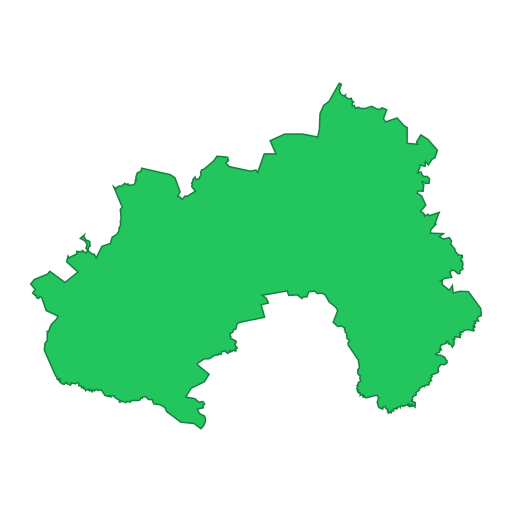 the district of Zaubes pag., Amatas, Latvia
{"feature_id": "27541924B54710700451151", "entity_name": "Zaubes pag.", "entity_type": "district", "adm_level": 2, "iso_a3": "LVA", "parent_name": "Latvia", "parent_adm1": "Amatas", "projection": "orthographic", "projection_center": [25.326, 56.996], "detail": "fine", "context": "isolated", "style": "filled", "palette": "green", "viewbox_px": 512, "rotation_deg": 0, "n_neighbors": 0, "source": "geoboundaries", "source_scale": "gbopen_adm2", "svg_char_len": 6042}
<svg xmlns="http://www.w3.org/2000/svg" viewBox="0 0 512 512"><path d="M358.6,392.7L361.0,394.6L360.5,395.3L362.3,394.7L362.9,396.4L363.4,395.2L364.5,396.1L364.1,397.0L366.1,397.8L376.9,395.1L378.7,397.6L377.2,402.2L378.8,407.5L382.7,409.2L383.0,407.2L385.2,406.5L386.1,408.7L387.7,409.2L387.3,409.9L388.0,411.0L387.5,411.8L388.6,413.2L390.2,412.0L391.1,412.8L391.5,410.9L393.6,411.0L393.3,409.2L393.8,408.8L396.5,409.0L397.1,408.5L396.0,408.1L399.7,406.4L400.4,407.4L400.6,406.0L402.2,405.4L403.0,406.5L406.8,404.7L408.2,405.7L408.3,403.8L409.9,405.2L409.1,405.6L409.4,406.6L411.9,406.4L412.0,404.6L415.0,407.2L415.4,402.6L411.2,401.0L412.6,399.8L412.2,398.8L413.4,396.3L416.1,395.0L416.1,392.6L419.2,390.1L419.6,388.4L423.1,386.2L424.5,386.7L425.0,385.3L429.0,384.8L429.2,382.2L431.5,380.4L430.3,379.0L432.2,376.4L431.3,375.1L438.1,372.4L438.6,371.0L438.0,368.2L440.8,364.4L444.5,364.7L447.2,362.6L446.6,361.2L447.0,360.6L445.5,359.4L445.0,357.4L440.4,355.1L436.0,354.9L435.7,353.7L439.6,352.1L439.7,350.0L441.2,350.1L441.1,349.0L440.1,348.9L440.9,345.2L446.3,343.2L446.8,341.2L447.7,341.1L448.5,344.0L450.5,344.2L452.4,347.1L454.0,344.5L454.1,342.1L453.2,339.7L454.7,339.5L454.8,336.6L460.3,337.5L460.0,335.3L461.1,334.4L459.6,332.7L460.1,332.0L462.3,332.3L464.9,330.0L468.6,329.6L473.5,330.9L474.1,330.3L473.0,328.1L474.9,327.0L473.4,326.1L474.5,325.6L474.2,323.7L475.6,323.2L474.4,321.3L478.6,320.9L477.2,318.4L478.1,316.8L481.3,315.7L481.2,313.8L480.7,308.5L468.4,291.6L459.7,291.3L453.1,293.0L452.4,285.6L449.4,290.3L442.1,284.4L442.3,281.2L440.4,281.1L444.6,278.3L451.7,277.3L449.9,272.4L451.8,270.1L454.6,270.6L457.8,273.6L460.0,273.4L459.8,271.1L463.0,268.9L462.4,267.4L462.9,264.3L462.4,261.1L461.1,261.1L460.9,260.0L461.4,258.1L462.4,257.7L462.3,255.4L458.2,254.9L455.1,251.1L455.0,249.4L450.6,243.8L451.6,241.1L449.3,237.6L443.5,239.1L439.3,236.7L443.4,233.6L430.5,233.2L430.7,229.9L436.0,224.1L434.9,223.8L439.2,212.4L429.3,215.7L427.8,214.2L424.5,216.1L424.0,213.6L420.5,211.2L425.8,205.3L421.7,196.0L417.1,193.1L418.0,190.9L423.1,191.3L423.8,184.8L422.7,183.8L422.4,181.5L425.3,183.3L429.0,183.3L429.6,178.9L427.1,176.4L424.0,176.5L422.3,175.2L420.9,171.9L417.6,173.0L419.8,167.9L419.8,165.0L425.1,166.4L425.4,161.6L428.4,164.9L432.1,159.2L435.0,157.7L437.4,150.3L428.1,139.6L420.9,134.9L416.5,142.0L417.9,144.3L407.1,143.3L407.2,127.5L404.1,125.8L397.1,118.0L385.6,121.9L383.4,118.8L386.7,109.8L382.0,107.8L379.7,109.5L376.1,108.7L371.8,106.3L364.9,108.6L359.6,108.2L358.6,107.1L355.5,108.4L354.2,105.4L352.3,105.7L352.1,103.3L353.6,101.9L352.3,101.3L351.3,98.3L348.2,98.8L345.1,96.5L345.5,94.9L344.0,96.0L340.6,94.0L339.4,90.0L341.4,84.2L339.3,83.3L329.0,101.4L323.6,105.5L320.0,113.7L319.4,129.0L317.8,137.0L302.1,134.0L284.7,134.1L270.2,140.7L275.9,153.9L264.2,153.9L257.7,172.4L255.9,170.0L250.6,171.2L228.9,166.5L225.7,162.6L228.5,160.7L227.6,157.2L217.0,156.2L213.9,160.7L204.1,169.1L201.6,169.9L200.6,172.4L201.1,174.4L198.8,179.0L195.7,179.2L195.0,177.0L192.8,179.8L193.2,180.7L191.6,183.1L192.3,184.0L191.7,186.6L195.4,191.2L186.9,196.4L185.4,195.9L182.2,199.2L179.1,196.5L177.6,196.6L180.1,191.9L175.0,177.9L170.4,174.7L141.6,168.2L141.2,171.0L137.2,173.0L136.0,176.7L135.8,179.1L136.5,179.6L135.1,180.5L135.7,181.5L133.8,185.0L128.2,185.1L128.0,183.9L126.1,184.5L124.9,183.3L121.1,186.4L118.8,186.0L116.0,188.4L113.7,186.7L122.3,207.3L120.3,209.4L121.1,218.2L120.3,221.4L120.7,224.8L118.8,228.6L119.1,230.7L116.7,234.4L112.1,237.3L110.4,243.4L101.9,246.4L96.2,258.0L94.2,254.1L93.2,254.7L88.5,251.1L88.1,249.5L88.7,247.1L90.2,246.0L89.6,241.4L85.7,239.8L83.8,236.1L84.2,235.0L80.3,238.4L84.7,240.7L87.2,244.3L85.9,248.1L87.6,250.4L86.2,253.1L82.3,250.5L81.4,252.0L76.6,251.3L77.1,253.7L69.0,257.8L68.1,256.1L66.6,261.8L78.0,272.0L65.0,282.5L49.8,271.3L47.4,274.2L34.3,279.5L30.7,284.0L35.3,289.5L32.6,293.0L35.1,295.3L37.1,295.3L36.0,295.7L36.7,297.7L38.5,298.5L39.8,296.7L41.7,297.5L46.2,310.6L57.8,316.0L57.0,318.6L51.1,324.7L48.4,331.8L47.3,331.3L47.2,340.6L45.0,343.3L44.3,350.1L55.7,376.0L56.6,376.4L57.2,379.2L58.5,380.1L58.9,378.7L60.3,379.0L59.7,381.8L62.3,384.0L64.5,384.2L66.2,382.2L67.0,383.7L70.5,385.2L71.6,382.9L75.4,383.8L77.9,382.5L78.9,383.6L78.8,385.8L81.5,386.1L81.5,387.7L83.5,387.2L83.3,388.4L85.1,389.0L85.6,390.7L88.2,389.1L89.4,389.4L88.9,390.4L89.3,390.8L90.2,390.1L92.1,391.8L92.5,389.7L94.2,391.0L96.5,389.3L98.2,390.5L101.3,389.9L104.9,395.4L108.7,396.5L109.5,395.6L110.8,397.1L111.7,395.9L114.5,395.9L114.6,397.2L120.2,400.9L119.3,401.6L119.9,402.3L121.3,401.0L125.8,402.6L127.2,401.5L130.3,402.1L131.4,400.5L137.8,400.5L140.1,399.9L140.5,398.2L142.2,398.2L142.7,396.9L145.7,396.7L148.4,399.5L152.3,399.7L153.7,403.9L160.1,404.7L165.0,407.6L166.6,411.5L180.9,422.2L194.2,423.5L200.9,428.7L203.5,425.9L205.5,421.3L205.4,418.3L204.5,416.0L199.6,413.7L197.2,409.2L203.4,407.7L202.8,405.9L204.7,404.0L202.7,401.5L198.8,402.2L194.9,398.7L185.7,397.0L191.3,388.1L204.3,381.8L209.1,374.3L197.7,365.0L197.3,363.5L204.1,358.9L209.4,358.7L215.7,354.7L217.7,355.3L218.5,353.8L220.9,354.5L222.0,351.7L225.0,350.9L227.4,353.4L229.6,352.2L229.4,350.8L229.9,350.5L229.9,351.6L231.3,351.7L233.4,350.4L235.8,351.0L236.2,350.3L235.3,348.8L237.3,347.9L234.7,344.8L235.7,343.3L235.3,342.2L236.2,342.0L236.0,341.1L230.7,338.3L230.3,337.1L230.9,336.5L229.8,333.9L232.5,332.4L234.0,329.2L235.6,329.4L237.2,323.9L239.5,322.4L264.6,317.2L261.2,304.8L268.4,303.0L266.2,298.1L262.2,295.3L287.2,290.9L288.7,295.4L297.3,294.9L301.9,298.5L302.7,297.2L307.0,296.8L308.6,291.9L314.3,291.0L317.5,293.6L321.6,293.1L325.3,294.9L329.1,301.9L335.4,306.8L337.4,309.9L337.6,310.8L333.2,322.4L337.9,326.5L341.4,325.9L345.1,328.1L344.3,329.5L345.3,330.7L345.2,332.2L346.7,333.6L346.9,338.3L349.5,340.5L348.0,343.0L348.1,344.8L358.3,360.1L359.5,367.4L357.7,369.9L358.2,371.5L357.5,372.4L358.7,374.9L360.3,375.7L359.8,378.3L360.7,380.9L358.1,382.8L358.3,383.9L357.0,385.6L358.0,386.2L356.8,388.5L357.2,389.9L358.3,390.0L357.5,390.8L357.8,391.6L359.5,392.4L358.6,392.7Z" fill="#22c55e" stroke="#15803d" stroke-width="1.5"/></svg>